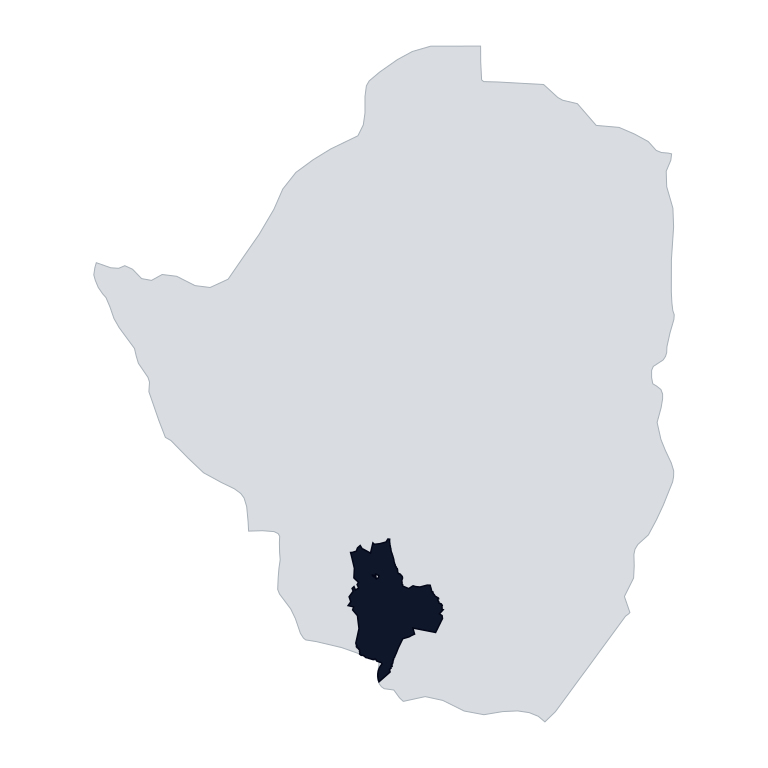 Gwanda, Matabeleland South, Zimbabwe (highlighted)
{"feature_id": "62879985B81037274427079", "entity_name": "Gwanda", "entity_type": "district", "adm_level": 2, "iso_a3": "ZWE", "parent_name": "Zimbabwe", "parent_adm1": "Matabeleland South", "projection": "equal_earth", "projection_center": [29.396, -21.277], "detail": "fine", "context": "in_parent", "style": "filled", "palette": "ink", "viewbox_px": 768, "rotation_deg": 0, "n_neighbors": 0, "source": "geoboundaries", "source_scale": "gbopen_adm2", "svg_char_len": 7324}
<svg xmlns="http://www.w3.org/2000/svg" viewBox="0 0 768 768"><path d="M544.9,721.9L538.3,716.3L529.2,712.6L517.6,710.9L502.5,711.6L483.9,714.7L464.1,711.0L442.8,700.4L425.2,696.6L404.1,701.2L403.2,701.3L399.5,697.8L393.8,690.0L384.2,688.7L381.5,686.8L379.4,684.0L378.0,680.3L377.4,676.2L379.0,663.5L378.1,662.0L375.6,660.5L370.3,659.0L357.6,653.2L341.7,647.6L315.8,641.5L305.7,639.9L303.4,638.0L300.4,633.3L295.4,618.6L290.7,608.9L279.5,594.0L277.7,589.4L278.2,577.5L279.0,567.9L280.2,559.8L279.6,552.1L279.4,542.7L279.7,536.3L278.2,533.6L274.1,531.6L262.6,530.7L248.6,531.1L248.1,521.5L246.7,506.6L244.1,498.0L240.8,493.5L234.4,488.8L221.4,482.5L203.6,472.8L188.4,458.4L170.9,440.5L165.4,437.4L158.9,420.6L148.9,391.7L149.5,382.1L148.0,377.4L138.4,363.3L136.2,355.9L134.5,348.5L119.2,327.7L114.0,318.6L110.0,307.0L106.0,297.6L102.7,293.9L98.3,287.5L95.3,280.3L93.8,274.9L94.9,267.6L96.3,262.7L110.8,267.8L118.7,268.3L124.8,265.7L132.5,269.2L141.6,278.6L151.5,280.4L162.2,274.5L176.7,276.3L195.0,285.6L210.1,287.5L228.1,279.2L244.0,256.1L259.1,234.4L273.9,209.3L282.8,189.0L295.9,172.4L313.2,159.7L330.8,148.9L357.9,135.8L363.3,124.9L365.0,113.0L365.0,96.5L366.4,85.8L369.2,80.9L373.7,77.1L379.6,72.1L397.4,59.6L412.3,51.5L430.6,46.2L450.5,46.2L469.7,46.1L480.6,46.1L480.7,62.0L481.6,79.9L483.7,81.6L498.1,82.0L521.3,83.3L543.6,84.5L557.8,97.5L562.6,100.2L577.4,103.7L596.2,125.4L619.0,127.4L634.6,134.1L648.3,141.6L656.2,150.4L661.3,152.5L668.3,153.1L671.6,153.9L670.8,160.3L666.2,171.2L666.7,186.7L672.9,208.2L673.6,226.9L671.4,259.8L671.3,291.7L671.9,303.1L672.8,310.6L674.2,314.7L673.9,319.4L670.0,332.8L666.9,346.8L666.7,352.5L665.5,356.4L663.2,359.9L653.3,366.4L651.6,370.4L651.6,377.7L652.8,383.8L656.5,386.0L660.9,389.5L662.6,394.0L662.6,398.8L661.1,407.7L657.1,422.4L660.9,439.4L665.3,450.3L671.3,463.0L673.7,470.9L673.6,476.5L672.6,481.9L663.3,505.1L656.6,519.5L648.4,534.9L637.8,544.5L635.0,549.2L633.9,554.4L634.2,566.0L633.6,578.0L624.4,596.5L629.9,612.5L628.6,613.9L625.5,616.2L612.4,634.1L599.1,652.2L589.4,665.5L578.3,680.5L566.0,697.3L555.4,711.7L544.9,721.9Z" fill="#d9dde1" stroke="#a8b0b8" stroke-width="1"/><path d="M443.2,609.7L442.9,609.6L442.4,609.8L442.1,609.8L442.0,609.6L442.0,609.3L441.8,609.1L441.8,608.9L442.0,608.5L442.0,608.3L442.2,608.0L442.2,607.9L441.9,607.6L441.8,607.4L441.8,606.9L441.8,606.5L441.8,606.2L442.0,605.9L442.3,605.8L442.3,605.7L442.3,605.4L442.0,605.1L441.9,605.0L441.8,604.9L441.8,604.6L441.7,604.5L441.4,604.3L441.3,604.2L441.3,603.9L441.2,603.8L440.9,603.8L440.3,603.5L439.7,603.3L439.2,603.3L439.1,603.2L438.9,602.9L438.8,602.5L438.9,602.1L438.8,601.7L438.7,601.6L438.4,601.4L438.4,601.1L438.2,600.8L438.0,600.6L437.9,600.6L437.7,600.4L437.7,600.0L437.7,599.4L437.8,599.2L438.0,599.0L438.3,599.0L438.4,598.8L438.6,598.8L438.6,598.7L438.4,598.3L438.5,598.2L438.4,598.0L438.3,597.9L438.1,597.9L437.9,597.9L437.4,597.6L436.9,597.1L436.7,597.1L436.5,596.9L436.4,596.9L436.2,596.8L435.8,596.6L435.7,596.5L435.5,596.4L434.8,595.7L434.6,595.3L434.4,594.8L433.7,594.1L433.4,593.9L433.2,593.6L433.2,593.1L432.9,592.9L432.8,592.7L432.9,592.1L432.9,591.9L432.7,591.8L432.4,591.9L432.3,592.0L432.2,592.0L432.1,591.9L432.0,591.7L431.9,591.7L431.7,591.0L431.6,590.8L431.5,590.6L431.5,590.3L431.2,589.0L430.7,587.2L430.4,586.5L430.4,586.4L430.3,586.2L430.3,585.7L430.3,585.3L430.2,585.2L427.2,585.1L420.0,587.0L415.7,586.6L413.1,585.8L412.7,586.0L412.2,586.3L408.7,588.6L402.6,586.0L402.6,585.4L402.7,585.0L402.7,584.8L402.6,584.5L402.0,584.1L401.9,584.0L401.8,583.7L402.1,583.0L402.1,582.8L401.8,580.8L401.8,580.4L401.9,579.8L402.3,579.1L402.4,578.6L402.5,578.4L402.5,577.9L402.5,577.5L402.3,576.6L402.2,576.5L402.1,576.4L402.0,576.1L401.6,575.7L401.3,575.5L401.2,575.3L400.9,574.9L400.4,574.3L400.2,574.1L399.7,573.9L399.3,573.7L399.1,573.7L398.9,573.7L398.5,573.7L398.3,573.5L398.2,573.4L398.1,573.2L397.9,572.2L397.6,571.6L397.6,571.2L397.6,570.6L397.6,570.2L397.3,568.7L397.2,568.5L397.0,568.4L396.3,567.8L396.1,567.5L396.1,567.4L396.2,567.1L396.2,566.9L395.6,566.3L395.3,565.9L395.3,565.2L395.2,564.8L395.1,564.5L394.6,563.7L394.4,562.6L394.0,561.5L393.9,560.1L393.6,558.8L392.6,555.4L392.4,554.9L392.2,554.3L392.2,554.2L391.9,553.2L391.5,552.3L391.2,551.4L391.0,550.3L390.9,549.6L390.9,548.9L390.8,548.5L390.7,548.3L390.5,547.5L390.4,546.9L390.3,546.1L390.3,545.9L389.9,544.7L389.8,544.3L389.9,543.8L389.8,542.9L389.7,542.8L389.6,542.7L389.6,541.5L389.6,541.1L389.6,540.8L389.6,540.1L389.6,539.8L389.7,539.4L389.7,539.2L387.9,539.0L386.0,542.0L379.7,543.7L376.1,544.1L374.4,544.3L372.9,542.9L370.5,553.1L363.2,549.1L362.4,549.1L360.2,545.5L357.5,547.9L357.4,548.4L357.2,548.6L356.4,551.1L352.4,552.4L350.6,552.5L352.0,558.1L354.4,568.4L354.3,569.6L353.9,577.9L355.4,579.4L357.8,581.6L357.8,581.8L358.6,582.4L357.1,584.5L357.6,585.7L357.7,585.8L358.0,586.5L358.4,587.5L358.6,588.1L357.8,588.7L357.7,588.7L355.4,589.9L354.0,586.6L352.1,588.4L353.2,591.2L351.2,593.9L349.1,596.8L350.8,601.8L348.1,605.6L351.6,606.4L353.6,606.8L353.4,607.7L352.6,609.9L357.5,615.7L357.7,617.7L357.7,617.9L358.0,620.5L359.0,628.6L358.1,632.6L357.8,634.1L356.3,640.9L355.8,643.1L356.0,643.6L356.1,644.1L356.2,644.6L356.3,645.1L356.5,645.2L356.8,645.2L357.2,645.4L357.2,645.7L357.0,645.9L356.7,646.0L356.4,646.4L356.4,646.6L356.4,646.8L356.6,647.0L356.9,647.2L357.0,647.3L357.0,647.5L357.2,647.8L357.3,647.9L357.5,648.0L358.2,648.0L358.3,648.6L358.8,648.7L358.8,649.3L359.6,650.1L359.6,650.8L359.5,651.8L360.0,652.5L359.6,654.0L361.1,655.3L361.7,655.4L363.0,655.4L363.6,655.6L365.9,657.6L368.1,658.0L369.0,658.5L370.1,658.6L372.0,659.3L373.2,659.6L374.7,659.1L375.5,659.1L376.2,659.8L376.6,660.6L376.9,661.1L377.1,661.2L377.7,661.3L378.6,661.5L379.1,661.9L379.8,662.2L380.6,662.3L381.5,663.0L381.9,663.6L382.0,664.0L380.2,666.3L379.0,668.7L378.2,671.2L378.2,671.3L378.0,672.7L377.8,673.9L377.8,674.7L377.8,676.2L378.0,678.0L378.3,679.5L378.5,680.4L379.0,681.8L387.3,674.5L390.1,672.0L390.1,671.7L389.8,671.3L389.8,671.0L389.7,670.4L389.4,669.8L389.4,669.7L389.5,669.5L389.8,669.5L389.8,669.4L390.0,669.0L390.3,668.7L390.7,668.4L391.0,668.3L391.1,668.1L390.9,667.5L390.9,667.3L391.0,667.1L391.0,666.9L391.4,666.4L391.5,666.2L391.7,666.3L391.8,666.3L392.0,666.4L392.2,666.2L392.1,665.8L392.0,665.6L391.7,665.3L391.6,665.2L391.5,664.8L391.5,664.4L391.5,664.2L392.2,664.0L392.3,664.0L392.3,663.9L392.3,663.6L392.4,663.4L392.5,663.4L392.7,663.2L392.7,662.9L392.8,662.7L393.0,661.6L392.9,661.3L392.8,661.2L393.1,660.7L393.1,660.3L393.2,660.1L393.3,660.1L393.6,659.5L393.6,659.2L393.4,659.2L393.5,659.0L393.8,658.1L394.4,657.5L394.4,657.3L394.6,657.1L395.0,655.9L395.8,654.1L396.2,653.3L398.3,647.9L402.1,640.1L402.8,638.7L408.0,637.2L409.7,636.6L410.7,635.9L413.0,634.8L414.6,634.1L414.1,632.5L412.9,628.0L413.2,628.1L413.4,628.2L416.8,628.8L431.7,631.7L431.8,631.7L434.7,632.3L435.6,632.5L435.9,631.8L437.8,628.1L437.8,627.9L438.5,626.6L439.1,625.3L440.3,623.0L441.0,621.4L442.5,618.6L442.4,617.9L442.1,615.6L441.3,615.1L439.4,613.8L443.2,609.7ZM375.8,574.8L375.9,574.1L376.6,574.3L376.5,574.6L377.5,575.0L378.5,575.3L378.8,575.5L378.7,576.1L378.7,576.5L378.4,577.7L377.5,578.3L376.3,578.9L376.1,578.1L375.8,578.1L375.8,577.8L375.6,577.8L375.4,577.7L375.3,577.3L374.2,577.0L372.5,575.7L372.4,575.0L375.6,576.1L375.3,575.4L375.4,574.6L375.8,574.8Z" fill="#0f172a" stroke="#020617" stroke-width="1.5"/></svg>